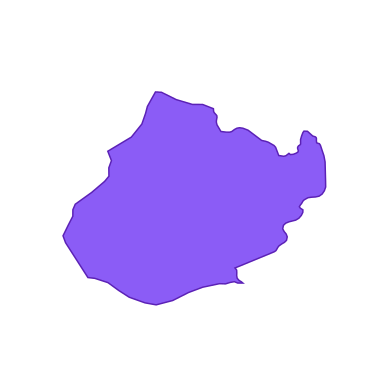 the border of Siguiri, rotated 58°
{"feature_id": "GIN-5657", "entity_name": "Siguiri", "entity_type": "Prefecture", "adm_level": 1, "iso_a3": "GIN", "parent_name": "Guinea", "parent_adm1": "", "projection": "natural_earth1", "projection_center": [-9.321, 11.681], "detail": "fine", "context": "isolated", "style": "filled", "palette": "violet", "viewbox_px": 384, "rotation_deg": 58, "n_neighbors": 0, "source": "natural_earth", "source_scale": "10m", "svg_char_len": 1732}
<svg xmlns="http://www.w3.org/2000/svg" viewBox="0 0 384 384"><g transform="rotate(58 192 192)"><path d="M211.7,57.9L212.5,58.1L214.4,59.3L216.3,60.2L217.4,59.4L218.5,58.4L220.3,58.3L231.1,60.9L237.0,63.2L253.8,73.1L258.6,76.0L261.1,79.1L262.7,82.7L262.9,86.4L261.6,90.0L259.8,93.3L258.3,96.7L258.1,101.0L258.5,102.7L259.9,105.3L260.4,106.9L261.4,108.8L263.1,108.7L265.9,107.4L268.0,108.8L269.8,111.7L270.9,115.3L270.8,119.0L268.7,125.5L268.1,129.0L268.7,132.1L271.3,134.6L274.4,134.8L277.6,134.4L280.5,135.0L283.1,137.5L283.7,140.3L283.6,143.4L283.8,146.9L284.5,148.7L285.4,150.3L286.2,151.9L286.3,153.8L279.2,195.8L281.9,195.5L284.2,196.8L286.6,198.4L289.1,199.4L292.0,198.9L294.3,197.7L296.2,197.1L293.4,201.5L290.5,203.6L288.9,207.6L287.7,212.2L284.3,217.3L278.4,233.4L275.4,248.2L273.8,265.9L268.7,282.2L261.1,290.6L248.0,301.0L236.5,306.4L224.3,311.3L213.7,320.2L209.4,325.6L168.0,326.1L160.8,324.6L154.4,314.3L149.4,305.9L143.9,302.4L140.5,297.5L139.2,277.3L136.7,260.5L134.6,254.1L127.4,249.7L122.7,243.7L112.8,241.8L113.3,214.3L107.8,198.5L100.8,189.8L95.8,184.5L87.8,170.0L88.9,168.3L90.1,166.8L91.2,165.1L105.3,156.4L117.9,145.3L123.4,136.6L132.7,129.7L135.2,131.0L136.6,131.1L139.4,130.6L140.4,130.5L141.9,131.2L144.2,133.3L145.6,134.3L148.2,135.2L156.0,135.4L159.4,131.2L161.2,128.4L161.8,126.3L161.5,122.9L161.7,120.1L162.7,117.6L164.9,115.0L169.3,111.7L185.2,105.6L188.0,102.7L190.2,100.9L196.0,97.8L198.4,97.4L207.0,99.1L210.3,95.3L211.0,93.2L210.6,89.3L212.4,88.7L213.7,86.1L214.3,82.9L214.2,80.9L213.4,80.0L211.1,79.4L210.0,78.7L209.3,77.2L209.3,75.7L208.9,74.5L205.0,72.1L202.5,69.3L200.4,66.5L199.7,64.8L201.7,61.9L208.4,60.0L210.7,58.1L211.7,57.9Z" fill="#8b5cf6" stroke="#5b21b6" stroke-width="1.5"/></g></svg>